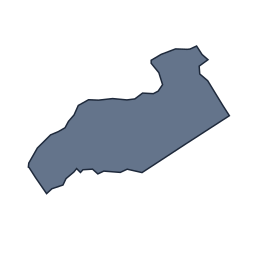 the district of Benton, Tennessee, United States of America, rotated 236°
{"feature_id": "52423323B75177719130655", "entity_name": "Benton", "entity_type": "district", "adm_level": 2, "iso_a3": "USA", "parent_name": "United States of America", "parent_adm1": "Tennessee", "projection": "albers", "projection_center": [-88.034, 36.086], "detail": "fine", "context": "isolated", "style": "filled", "palette": "slate", "viewbox_px": 256, "rotation_deg": 236, "n_neighbors": 0, "source": "geoboundaries", "source_scale": "gbopen_adm2", "svg_char_len": 753}
<svg xmlns="http://www.w3.org/2000/svg" viewBox="0 0 256 256"><g transform="rotate(236 128 128)"><path d="M93.7,219.2L122.6,220.5L132.7,217.7L139.5,221.6L139.9,232.5L147.5,230.5L157.6,230.7L158.8,223.5L160.1,221.1L167.0,211.6L170.5,196.7L171.2,185.1L168.7,183.4L156.6,184.5L144.6,180.9L141.7,173.6L142.3,168.2L148.8,159.6L148.3,149.9L151.9,142.8L161.0,131.7L167.6,119.1L173.5,111.1L174.5,99.4L169.0,90.6L166.8,82.4L163.4,75.9L164.0,68.0L165.6,60.0L162.1,41.7L154.4,26.1L151.3,23.5L150.5,23.9L138.8,23.6L119.1,23.8L120.2,31.0L117.1,42.2L120.7,48.3L121.8,58.6L123.1,62.7L117.7,63.7L118.6,67.3L113.7,75.6L106.8,77.3L105.8,83.8L95.5,96.8L94.3,104.3L83.2,114.7L82.5,167.1L81.5,218.9L93.7,219.2Z" fill="#64748b" stroke="#1e293b" stroke-width="1.5"/></g></svg>